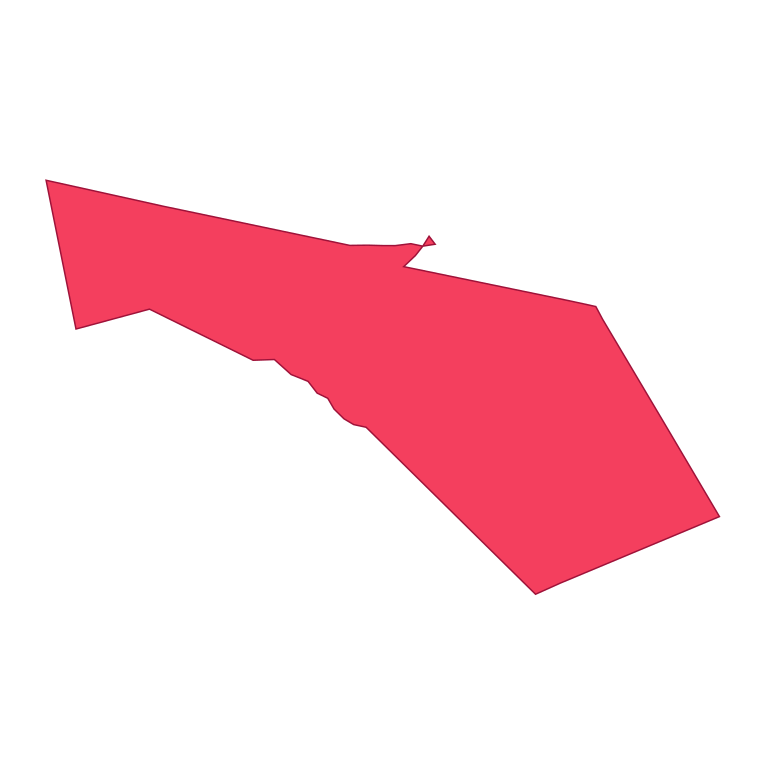 Paulo Jacinto, Alagoas, Brazil, rotated 268°
{"feature_id": "56859067B5529182098966", "entity_name": "Paulo Jacinto", "entity_type": "district", "adm_level": 2, "iso_a3": "BRA", "parent_name": "Brazil", "parent_adm1": "Alagoas", "projection": "equal_earth", "projection_center": [-36.395, -9.37], "detail": "fine", "context": "isolated", "style": "filled", "palette": "rose", "viewbox_px": 768, "rotation_deg": 268, "n_neighbors": 0, "source": "geoboundaries", "source_scale": "gbopen_adm2", "svg_char_len": 578}
<svg xmlns="http://www.w3.org/2000/svg" viewBox="0 0 768 768"><g transform="rotate(268 384 384)"><path d="M454.0,598.4L460.3,573.7L500.6,407.8L511.3,419.9L520.4,427.6L523.3,415.7L521.9,400.0L522.4,386.9L523.3,372.6L523.7,354.7L569.4,169.4L599.4,53.4L449.7,78.1L467.0,152.2L412.3,254.0L412.3,275.3L396.7,291.5L389.3,308.2L377.2,316.9L371.7,327.3L360.7,333.2L350.6,342.8L344.5,352.3L341.4,364.6L168.6,528.1L178.8,553.1L239.8,714.6L335.9,662.3L441.1,604.7L454.0,598.4ZM520.4,427.6L521.9,440.0L530.1,434.2L520.4,427.6Z" fill="#f43f5e" stroke="#9f1239" stroke-width="1.5"/></g></svg>